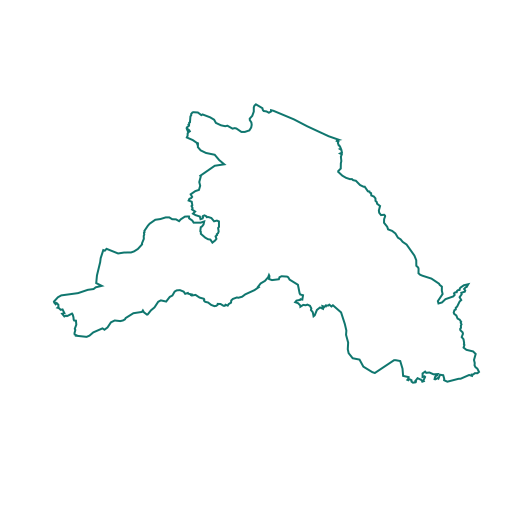 outline of Budureasa, Bihor, Romania, rotated 352°
{"feature_id": "2599482B63741703724977", "entity_name": "Budureasa", "entity_type": "district", "adm_level": 2, "iso_a3": "ROU", "parent_name": "Romania", "parent_adm1": "Bihor", "projection": "natural_earth1", "projection_center": [22.661, 46.683], "detail": "fine", "context": "isolated", "style": "outline", "palette": "teal", "viewbox_px": 512, "rotation_deg": 352, "n_neighbors": 0, "source": "geoboundaries", "source_scale": "gbopen_adm2", "svg_char_len": 6121}
<svg xmlns="http://www.w3.org/2000/svg" viewBox="0 0 512 512"><g transform="rotate(352 256 256)"><path d="M454.6,403.6L456.4,402.5L459.0,402.9L460.7,401.8L459.5,398.3L457.9,396.7L457.2,394.7L457.7,392.4L457.4,389.3L459.9,383.6L457.7,380.7L451.3,378.2L448.8,375.6L450.0,373.1L449.6,372.2L450.0,371.2L449.9,367.3L448.4,364.9L450.1,361.9L450.0,360.4L448.1,358.0L448.0,356.7L449.0,355.6L449.2,353.4L450.0,352.3L449.4,350.6L450.0,349.8L448.8,347.4L446.9,346.0L446.1,342.8L444.2,340.9L443.9,339.6L444.9,337.3L446.4,336.7L446.6,335.1L448.1,334.1L451.3,329.4L453.1,328.2L451.9,325.1L454.3,322.6L454.2,321.0L457.8,320.4L458.4,319.3L457.5,317.6L459.4,316.1L460.3,316.0L462.3,313.5L457.8,313.9L454.2,315.7L453.3,316.5L452.9,317.9L451.1,318.0L450.2,318.6L449.7,319.8L448.3,319.7L446.9,320.5L447.3,322.2L445.7,323.5L437.6,325.1L433.7,327.9L430.1,328.4L429.8,326.0L435.5,319.6L435.2,316.2L435.8,312.2L433.9,310.2L433.4,308.9L426.6,302.8L418.1,298.7L415.9,297.4L414.5,295.7L415.2,291.3L415.0,290.0L413.4,288.0L414.1,282.5L412.9,277.6L406.7,265.6L403.2,262.4L401.5,259.6L399.1,257.6L397.2,253.1L394.3,250.1L390.5,248.0L390.0,245.3L387.4,240.9L388.0,237.3L389.4,234.7L389.4,234.0L388.6,233.0L385.5,232.9L384.0,230.3L384.0,228.0L385.8,223.8L383.2,221.1L383.1,219.4L382.0,218.0L382.3,215.6L381.0,213.5L378.6,212.1L378.7,209.8L377.4,208.9L377.3,207.9L375.8,207.5L373.3,202.5L372.2,202.4L368.9,200.2L365.4,195.4L362.7,194.4L361.7,193.2L359.8,193.0L356.0,191.1L352.7,188.5L349.1,184.1L349.3,183.3L352.1,181.2L352.9,176.1L353.7,173.9L353.9,169.4L355.1,167.3L353.6,166.2L355.5,165.6L355.3,162.8L354.1,161.8L355.0,161.6L354.6,159.9L353.9,158.2L353.3,158.0L352.8,155.4L353.5,154.2L352.0,153.3L352.7,152.5L354.1,152.4L344.6,147.5L324.8,134.7L312.6,126.0L293.6,114.7L291.2,113.7L291.0,115.0L288.7,115.9L286.5,114.3L283.8,113.5L283.1,112.4L282.9,110.5L277.0,105.8L275.4,106.9L274.5,108.5L273.9,112.7L271.8,116.7L268.9,119.1L268.8,120.6L270.0,123.1L270.0,125.5L269.1,128.1L266.9,130.7L262.1,131.6L258.8,131.1L254.3,127.0L252.7,126.4L250.5,126.6L245.8,123.0L243.6,123.2L239.5,121.7L234.8,118.6L233.5,115.2L229.9,112.3L222.8,108.4L221.5,108.9L218.4,105.8L214.1,104.9L213.1,105.0L211.6,106.3L211.4,107.7L210.5,108.6L209.2,114.4L208.4,114.7L208.0,116.7L207.5,116.7L207.7,117.7L205.4,119.1L205.7,120.5L207.4,122.2L207.8,123.3L207.0,123.6L205.7,122.4L206.2,124.3L205.4,125.0L205.0,127.4L204.0,129.0L209.5,132.4L213.1,135.7L213.3,136.6L213.7,136.0L214.2,136.3L213.6,140.1L215.9,143.7L220.8,147.0L229.2,150.0L232.9,155.9L237.3,160.8L227.7,160.9L212.0,168.8L212.4,169.5L210.1,174.9L210.5,178.7L208.7,182.6L204.9,183.3L199.9,185.8L201.0,188.6L199.9,189.6L198.0,190.1L197.0,191.7L199.9,193.3L200.0,196.9L199.1,197.6L199.9,199.7L199.1,201.0L201.9,203.5L199.5,205.3L201.8,207.1L205.9,209.1L206.2,211.8L208.3,211.4L208.9,210.5L208.6,209.6L208.9,209.1L210.6,208.6L212.4,209.8L212.6,210.7L214.3,210.8L217.1,212.2L219.3,215.8L222.2,215.5L224.1,216.6L223.4,222.0L222.4,223.0L222.4,226.6L221.6,228.1L220.2,229.0L220.3,229.9L218.7,230.9L219.2,233.5L217.6,235.0L214.7,236.7L213.1,233.4L210.8,232.7L208.3,230.8L204.5,226.4L204.7,224.2L204.3,223.7L205.3,219.8L206.7,219.2L208.4,217.5L209.5,214.6L205.9,215.3L198.9,214.3L197.8,212.0L195.0,209.4L195.2,207.6L194.4,207.4L191.1,207.1L186.6,209.2L184.7,210.8L181.9,208.6L178.1,207.9L175.5,205.7L172.0,205.2L166.5,206.1L161.3,206.1L155.2,209.2L153.2,210.9L148.9,215.7L149.0,216.8L148.3,217.4L148.3,219.3L147.6,220.5L147.3,223.4L144.8,227.7L144.8,228.6L140.0,232.6L135.8,234.5L132.7,235.1L125.9,234.2L119.8,234.3L109.0,228.1L107.0,229.7L105.6,228.9L101.9,236.5L100.8,240.5L95.8,253.1L94.0,260.6L99.1,264.1L92.9,264.7L90.6,266.1L84.7,266.1L74.6,268.0L57.7,267.9L54.1,269.3L49.7,272.9L50.3,273.9L49.8,274.2L50.9,275.9L52.1,274.9L53.5,276.8L53.3,278.9L52.3,279.6L53.6,280.2L55.1,282.1L57.0,282.0L58.3,285.9L56.0,286.2L57.8,289.2L59.5,288.6L60.4,289.2L61.6,288.9L65.8,287.4L66.3,288.4L66.7,291.2L66.6,293.7L67.0,294.6L68.7,295.0L68.5,299.0L66.4,302.9L66.8,304.1L65.5,307.2L65.5,308.5L67.4,309.7L67.1,310.0L77.0,312.5L80.0,311.7L84.2,309.0L93.9,306.3L95.7,307.9L99.0,306.1L103.1,301.5L107.1,300.2L112.6,301.6L115.4,301.3L117.4,300.5L118.3,299.3L126.6,295.6L135.3,295.5L136.4,294.2L137.2,296.2L139.9,298.9L140.6,298.8L144.4,295.2L148.3,292.8L152.8,287.7L155.6,286.7L160.7,288.6L164.9,284.5L167.7,283.5L170.5,279.9L172.7,279.0L175.9,279.2L179.4,281.2L180.6,283.6L183.4,283.1L183.6,283.9L186.9,285.1L186.3,285.8L186.9,286.2L190.7,286.1L194.3,289.3L198.4,291.1L198.7,291.9L198.3,293.0L199.3,294.3L202.1,295.4L204.8,298.2L207.9,299.9L209.8,299.8L211.4,298.8L211.5,298.1L214.2,298.6L216.9,300.8L218.1,301.0L219.0,300.0L221.1,301.2L222.3,299.8L224.8,298.7L225.3,296.6L227.1,295.3L231.3,294.4L232.7,294.9L236.6,294.4L240.0,292.5L249.7,289.6L254.3,287.3L253.7,286.8L256.8,283.8L261.4,281.9L265.1,278.7L266.2,276.7L266.5,277.7L265.8,280.7L268.5,282.1L275.4,282.2L276.3,280.3L278.5,279.6L283.8,280.7L284.9,281.5L286.0,284.1L293.5,290.3L294.0,299.0L294.5,300.3L297.1,301.4L295.8,305.6L294.1,305.0L293.8,305.6L289.9,305.8L288.4,307.2L291.1,308.6L293.0,311.2L292.9,312.4L296.0,311.0L298.3,311.7L300.1,311.3L302.5,312.8L303.5,315.6L302.9,317.1L304.4,319.6L304.6,323.7L305.9,322.9L308.8,317.9L312.2,315.9L314.8,317.5L314.8,314.8L315.6,315.2L315.8,316.6L318.1,314.8L318.4,315.3L318.8,314.8L320.7,315.1L321.8,314.4L323.7,316.5L325.3,315.5L332.4,323.7L334.5,335.7L335.1,342.4L334.2,346.6L335.2,354.6L333.9,361.1L334.2,365.1L337.5,370.7L344.1,373.0L346.9,380.5L355.0,387.2L357.4,388.4L378.2,378.4L380.1,378.7L384.2,380.1L385.4,388.0L385.0,395.2L390.3,397.2L390.1,398.3L388.7,399.7L389.5,400.2L390.1,399.5L391.4,399.7L392.7,400.7L392.5,402.0L393.8,403.3L396.1,403.3L396.3,402.3L396.9,402.5L397.0,401.4L399.0,399.5L402.1,401.5L402.9,402.3L403.2,403.6L404.7,403.3L404.4,402.7L406.6,399.3L406.1,398.6L404.1,399.0L404.6,395.5L407.4,394.0L408.3,395.4L411.5,395.5L415.4,397.9L419.6,398.2L418.7,399.5L417.2,399.9L416.4,400.9L415.7,402.8L416.4,403.1L419.0,402.2L419.6,402.8L421.7,399.2L424.8,400.1L425.3,403.7L425.0,405.2L428.0,407.1L439.4,405.8L441.6,406.0L450.5,403.5L453.1,404.7L453.2,403.4L454.6,403.6Z" fill="none" stroke="#0f766e" stroke-width="2"/></g></svg>